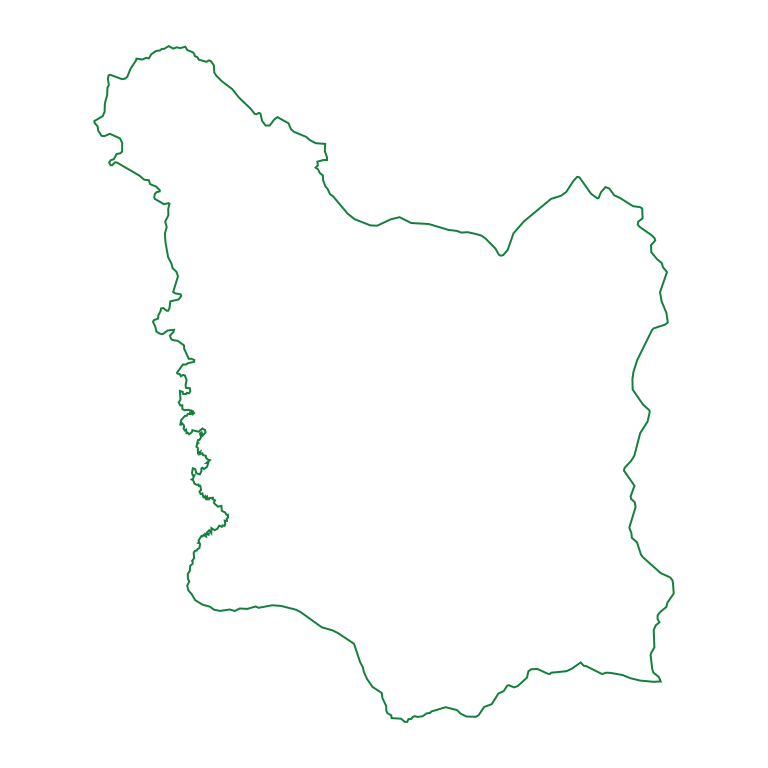 Phu Ruea, Loei, Thailand
{"feature_id": "78962969B51593367753685", "entity_name": "Phu Ruea", "entity_type": "district", "adm_level": 2, "iso_a3": "THA", "parent_name": "Thailand", "parent_adm1": "Loei", "projection": "natural_earth1", "projection_center": [101.314, 17.413], "detail": "fine", "context": "isolated", "style": "outline", "palette": "green", "viewbox_px": 768, "rotation_deg": 0, "n_neighbors": 0, "source": "geoboundaries", "source_scale": "gbopen_adm2", "svg_char_len": 6083}
<svg xmlns="http://www.w3.org/2000/svg" viewBox="0 0 768 768"><path d="M551.3,672.7L566.4,671.2L571.6,668.8L580.7,662.5L583.9,665.8L586.6,666.3L602.1,674.1L606.0,672.7L610.6,672.9L622.5,675.0L630.4,678.2L640.2,680.6L653.6,681.8L660.7,681.5L658.8,677.0L653.3,672.5L652.3,669.3L650.6,655.4L651.1,653.0L654.4,647.4L653.7,630.0L655.9,625.2L659.4,622.3L657.5,618.8L657.7,615.1L660.3,611.9L666.3,607.0L667.4,602.7L673.7,593.5L673.0,582.9L672.4,580.2L670.1,577.4L660.7,573.1L642.9,557.2L640.9,554.5L637.0,542.3L631.9,537.9L631.4,533.2L629.3,527.7L635.6,506.9L634.7,502.2L631.1,498.9L630.6,496.4L634.5,485.8L623.9,470.5L624.6,467.9L631.0,461.0L634.3,455.8L640.2,433.1L647.6,421.5L649.7,412.1L649.4,410.3L643.0,404.6L632.7,389.6L632.4,379.3L633.4,372.1L637.1,360.3L652.1,329.9L653.9,328.3L664.9,324.7L667.8,322.5L666.4,312.9L661.7,301.6L660.0,292.2L667.0,272.1L663.0,267.3L661.7,263.0L657.1,259.2L651.3,252.2L651.0,245.2L655.2,240.5L654.6,238.2L652.1,235.6L639.3,226.6L637.7,224.5L638.2,221.7L642.6,218.3L642.2,208.5L639.9,207.1L633.1,206.2L619.7,197.8L614.2,195.3L609.4,188.6L605.5,187.1L601.0,192.2L598.5,198.2L597.3,198.3L591.1,193.8L579.4,177.3L577.1,176.9L573.2,181.2L566.3,191.9L560.9,195.8L551.0,198.9L523.9,221.4L513.5,233.3L507.7,249.9L503.2,255.1L500.7,255.7L498.8,254.6L495.5,248.7L485.7,238.7L481.7,235.7L475.9,234.0L467.9,232.2L461.4,232.6L456.7,230.9L448.5,229.9L428.7,224.0L411.1,223.0L399.6,217.2L390.8,219.3L377.2,225.7L370.4,225.4L354.6,219.2L347.7,213.7L333.0,196.2L330.0,194.2L327.8,189.3L325.4,186.4L323.1,180.2L322.8,175.4L319.9,173.1L318.0,169.3L315.6,167.7L317.9,165.4L317.3,161.7L323.9,159.9L327.0,160.1L326.9,157.0L324.8,151.2L325.2,143.9L315.7,143.2L309.8,140.1L306.2,136.9L294.1,131.9L291.1,129.4L288.5,123.3L277.4,117.1L274.1,119.6L269.8,125.5L265.6,125.5L262.1,120.9L260.4,113.5L258.9,112.9L256.1,114.3L254.6,113.8L250.9,109.0L239.1,97.7L232.1,89.0L221.9,81.3L216.3,75.7L214.3,72.6L213.9,65.4L210.8,61.0L209.0,60.4L206.6,61.8L198.8,59.7L197.5,57.3L194.8,56.1L194.2,53.8L192.8,52.3L187.3,50.0L185.3,46.8L180.1,48.1L176.9,47.3L173.1,48.6L168.8,46.1L164.1,48.9L161.7,48.9L160.1,50.4L156.0,51.0L151.3,54.2L148.8,58.4L146.1,57.8L142.5,59.5L136.4,58.6L136.1,60.3L130.6,68.6L127.3,76.8L125.4,78.5L122.2,79.2L110.2,74.8L108.6,75.3L107.9,78.7L108.8,85.1L107.4,87.8L107.2,95.0L104.9,103.3L104.6,111.8L102.7,116.1L94.3,121.1L94.5,122.8L97.6,126.4L98.3,130.8L101.5,135.8L104.2,136.2L109.9,133.8L120.0,138.4L122.2,143.0L122.1,151.6L120.3,153.3L116.6,154.0L113.8,159.2L110.6,160.3L109.2,162.6L110.5,165.2L112.1,165.3L115.0,162.4L116.9,162.5L139.5,175.7L144.2,179.7L148.8,180.2L150.1,184.1L156.3,186.7L159.8,190.3L159.7,191.4L156.7,192.1L154.9,193.8L154.2,197.3L154.8,198.9L164.0,204.2L168.6,203.1L169.5,203.7L168.2,208.9L168.4,215.2L165.2,221.7L166.7,227.2L164.9,233.4L165.5,242.3L168.1,257.1L171.5,263.7L172.6,268.2L176.3,271.6L178.0,276.2L173.2,292.0L175.3,293.4L180.6,294.3L181.2,296.0L178.7,299.4L170.3,301.4L169.4,308.5L168.1,310.8L166.6,310.7L163.2,308.0L161.0,308.5L160.6,311.0L158.5,314.9L158.0,318.6L153.8,320.2L153.0,321.8L155.4,327.0L156.4,331.6L160.1,333.8L162.8,334.1L167.6,330.5L174.0,329.8L173.4,332.0L169.9,335.7L171.0,338.7L172.3,340.0L177.7,340.8L184.0,345.4L184.1,348.6L188.8,358.9L191.3,358.7L194.3,360.0L194.1,361.9L188.0,363.1L185.9,364.6L183.0,364.4L177.1,372.6L177.4,373.6L179.9,374.2L180.9,376.3L183.1,374.9L184.9,375.5L186.6,380.3L185.6,384.8L185.9,387.8L189.9,388.3L190.3,391.2L189.1,393.3L186.8,392.9L186.4,393.9L183.5,394.0L182.8,393.7L182.7,391.9L179.9,390.9L180.5,399.5L178.7,402.4L180.3,405.4L182.3,405.3L182.4,409.2L184.7,410.2L188.6,409.8L193.0,411.3L194.1,413.1L192.7,414.3L191.5,411.8L191.1,413.4L190.1,412.9L190.2,414.1L187.7,414.0L186.9,415.7L184.8,416.0L181.2,420.0L180.3,424.6L181.0,424.7L181.4,422.6L183.6,424.9L184.2,426.6L183.5,428.7L184.8,430.5L186.1,429.7L186.5,433.1L187.7,432.7L189.0,434.3L191.8,432.3L192.4,430.2L198.6,431.7L202.4,428.5L205.1,430.1L205.5,432.5L202.7,435.5L201.6,432.4L200.0,433.6L201.1,437.1L199.5,439.9L198.1,439.9L197.3,442.4L198.3,443.1L197.1,444.0L196.4,446.7L197.8,447.8L198.0,453.1L200.4,451.6L199.5,454.3L202.4,453.3L203.3,455.3L205.7,455.7L206.0,457.7L207.7,459.5L209.9,460.2L206.5,463.0L208.2,463.1L207.0,466.9L204.0,469.1L202.7,467.7L201.4,468.4L201.4,471.3L199.8,474.4L196.3,473.2L195.2,469.1L192.8,468.3L192.0,473.0L192.8,475.4L194.4,475.2L193.1,478.4L191.7,479.5L193.1,480.1L194.4,483.6L196.4,484.8L198.6,484.6L198.9,485.9L200.3,485.7L201.1,489.9L199.5,491.5L200.5,494.0L202.4,493.4L203.5,497.3L204.8,497.4L205.3,496.2L206.0,497.2L207.1,496.5L207.2,497.6L205.4,498.3L206.0,499.3L208.9,499.4L209.4,498.0L212.9,497.8L212.7,499.2L215.0,500.3L213.9,502.4L214.3,503.4L218.0,506.7L221.4,505.9L221.8,510.8L225.2,512.5L226.4,514.8L227.9,514.7L228.0,517.6L226.8,518.6L226.9,520.9L224.7,520.6L225.3,524.0L224.5,526.0L222.5,525.4L221.7,526.8L219.2,525.7L217.4,528.7L214.7,530.2L211.4,528.1L211.3,533.1L209.2,530.3L207.0,532.5L207.6,533.9L208.9,533.8L208.6,534.8L205.3,533.9L205.9,536.4L203.5,534.9L202.6,536.3L201.5,535.9L198.6,540.3L199.1,542.2L198.3,542.9L199.6,543.2L200.0,544.3L199.4,548.2L197.5,549.0L196.7,550.5L194.6,551.1L193.7,552.8L194.1,558.2L192.0,561.0L192.8,561.9L192.5,563.9L190.2,565.8L189.9,570.8L187.8,573.9L187.9,578.9L189.3,581.3L187.2,585.7L188.4,590.5L191.6,594.0L195.2,600.2L202.6,604.7L209.8,606.6L214.0,609.7L220.0,610.9L229.8,609.5L234.7,611.0L239.8,608.5L247.2,608.9L255.6,606.5L258.6,607.8L272.2,605.3L281.0,605.9L295.9,609.7L300.2,611.8L321.8,627.3L332.3,630.3L337.9,633.0L354.0,643.8L360.1,662.1L362.9,667.4L363.8,671.8L367.0,678.9L372.5,686.9L381.8,693.0L382.4,698.0L386.2,706.1L386.3,710.7L387.5,713.2L391.3,715.4L391.5,718.1L401.0,718.7L404.9,721.9L407.3,721.8L408.4,719.2L411.3,718.9L412.6,717.0L414.8,716.1L417.3,716.9L422.6,716.3L426.8,713.3L430.2,712.9L431.3,711.5L445.7,707.2L457.0,710.1L460.6,713.7L466.6,716.5L475.9,716.8L478.7,715.1L484.1,707.0L491.7,704.2L498.4,693.5L503.7,691.1L507.2,685.7L508.8,685.2L514.1,687.4L517.7,686.1L526.9,677.7L528.4,671.3L531.1,669.3L537.3,668.9L547.9,673.8L550.0,673.9L551.3,672.7Z" fill="none" stroke="#15803d" stroke-width="2"/></svg>